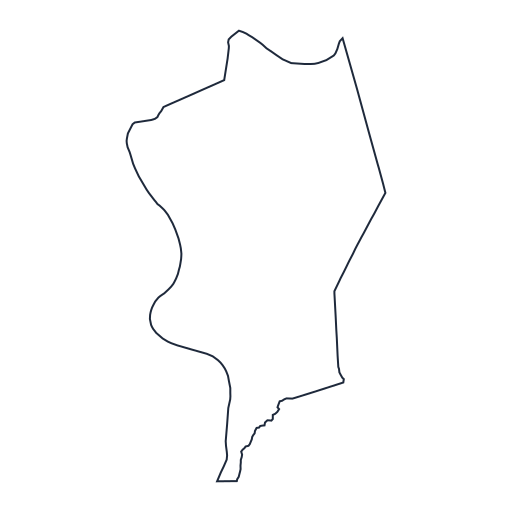 the district of Araripina, Pernambuco, Brazil
{"feature_id": "56859067B17972152596251", "entity_name": "Araripina", "entity_type": "district", "adm_level": 2, "iso_a3": "BRA", "parent_name": "Brazil", "parent_adm1": "Pernambuco", "projection": "robinson", "projection_center": [-40.522, -7.658], "detail": "fine", "context": "isolated", "style": "outline", "palette": "slate", "viewbox_px": 512, "rotation_deg": 0, "n_neighbors": 0, "source": "geoboundaries", "source_scale": "gbopen_adm2", "svg_char_len": 2614}
<svg xmlns="http://www.w3.org/2000/svg" viewBox="0 0 512 512"><path d="M163.5,107.0L161.2,111.1L159.4,113.3L158.4,115.0L157.4,117.1L155.0,118.8L151.2,120.0L134.8,122.5L132.6,124.2L127.9,133.4L126.9,138.5L126.6,140.9L126.8,143.3L127.6,147.2L129.6,152.0L130.4,154.5L133.1,163.7L135.0,168.3L138.8,176.4L146.6,189.6L148.9,193.0L154.5,200.3L155.8,201.8L157.5,204.1L159.6,205.6L162.6,208.4L164.2,210.0L165.4,211.5L167.9,214.8L172.6,223.3L175.3,229.5L178.5,238.4L179.6,242.7L180.1,244.7L180.8,248.2L181.2,251.7L181.4,253.8L181.3,256.3L181.1,259.1L180.3,264.0L179.8,266.8L179.1,269.1L177.9,274.0L176.1,278.5L174.4,281.9L173.3,283.9L171.1,286.7L168.5,289.4L165.6,292.1L164.2,293.4L162.5,294.5L160.2,296.1L158.4,297.6L155.2,301.5L153.5,304.7L152.1,307.5L151.2,310.1L150.6,312.3L150.1,314.9L149.9,319.0L151.1,324.9L152.0,326.9L153.2,329.0L156.3,333.0L162.7,338.5L167.8,341.6L171.3,343.2L177.4,345.4L191.6,349.5L206.8,353.8L212.7,356.3L218.0,360.2L220.5,362.6L222.6,365.2L224.8,368.5L226.2,371.3L228.0,375.9L228.9,380.9L230.3,388.0L230.3,391.0L230.3,393.0L230.4,396.3L230.2,399.4L228.3,408.0L227.1,424.5L225.7,441.2L226.0,445.8L226.8,451.9L227.1,455.4L226.9,457.5L226.7,459.6L223.7,466.5L220.9,472.3L217.1,481.3L236.8,481.1L237.2,479.2L238.7,476.9L239.5,473.7L240.1,471.4L240.6,469.1L240.5,465.6L240.8,462.6L240.8,459.9L241.7,457.1L242.1,454.6L241.2,451.6L242.6,449.7L244.4,448.2L245.6,446.5L248.5,445.8L249.8,444.1L250.7,441.9L251.8,439.3L252.2,436.9L253.3,435.0L254.6,433.4L255.0,430.9L256.6,427.9L259.0,427.6L260.2,426.0L262.3,425.6L264.5,425.4L265.0,422.5L267.4,420.3L269.4,420.4L271.4,420.6L272.8,419.0L272.8,414.9L275.2,413.8L277.3,411.9L279.1,409.1L277.5,407.3L278.1,405.5L279.7,401.3L282.0,400.8L284.3,399.3L286.5,398.4L292.4,398.6L294.8,397.9L313.4,392.1L343.3,382.5L343.8,379.1L342.3,377.7L340.5,374.5L339.4,372.4L339.0,368.9L338.3,366.9L337.6,355.6L336.8,338.1L336.3,329.9L335.7,317.2L334.4,293.2L334.4,291.2L339.6,280.4L340.5,278.4L343.8,272.0L347.0,265.5L348.0,263.4L349.5,260.4L352.9,253.9L355.4,248.6L357.7,244.2L358.9,242.0L361.6,236.9L363.4,233.7L371.4,218.6L372.5,216.7L374.3,213.5L376.3,209.7L378.3,205.9L385.4,192.9L383.1,183.8L378.8,168.0L377.6,163.9L369.4,134.3L357.0,88.9L342.6,38.2L339.8,41.2L338.9,43.6L337.3,49.1L335.4,53.4L333.8,55.5L326.4,60.1L318.3,63.0L314.6,63.8L310.8,64.0L304.5,64.0L291.2,63.1L282.6,59.3L276.4,55.1L272.0,52.0L266.5,48.3L262.6,44.7L260.2,42.8L252.2,37.2L248.6,35.1L246.5,33.7L242.8,32.0L238.9,30.7L231.4,36.6L228.7,39.4L228.1,42.3L228.9,46.0L228.8,48.3L227.6,58.6L224.2,80.1L201.0,90.4L195.4,92.9L170.9,103.7L163.5,107.0Z" fill="none" stroke="#1e293b" stroke-width="2"/></svg>